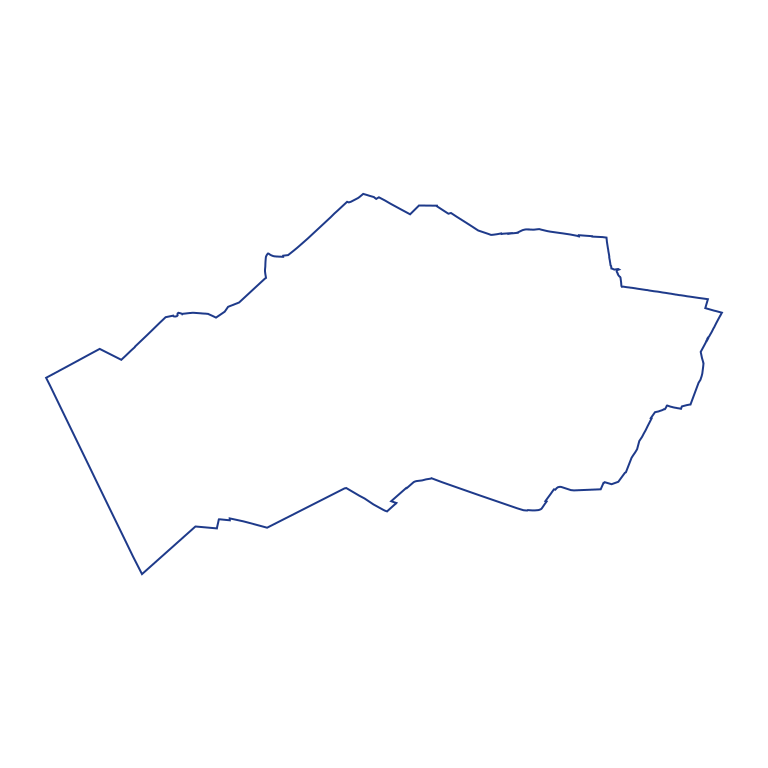 Mārupes pag., Marupes, Latvia
{"feature_id": "27541924B47115385848599", "entity_name": "Mārupes pag.", "entity_type": "district", "adm_level": 2, "iso_a3": "LVA", "parent_name": "Latvia", "parent_adm1": "Marupes", "projection": "natural_earth1", "projection_center": [23.996, 56.885], "detail": "fine", "context": "isolated", "style": "outline", "palette": "blue", "viewbox_px": 768, "rotation_deg": 0, "n_neighbors": 0, "source": "geoboundaries", "source_scale": "gbopen_adm2", "svg_char_len": 5913}
<svg xmlns="http://www.w3.org/2000/svg" viewBox="0 0 768 768"><path d="M690.5,404.5L698.6,382.7L700.5,379.7L701.0,378.0L701.3,377.2L701.6,376.3L702.3,373.5L703.2,366.4L703.5,363.3L703.2,362.8L703.3,362.5L702.0,358.1L700.7,351.9L703.9,346.0L704.8,344.3L705.6,342.8L706.3,341.1L706.6,341.2L707.9,338.9L707.3,338.8L707.4,338.6L708.0,337.5L709.0,336.7L710.0,334.9L711.4,332.5L712.9,329.6L713.4,328.5L714.0,327.6L714.5,326.7L714.6,326.4L715.3,325.0L715.4,324.8L715.8,324.0L716.3,323.0L716.7,322.2L716.8,322.1L717.3,321.1L718.8,318.3L719.3,317.4L720.2,315.7L720.3,315.7L721.1,314.2L721.5,313.4L721.9,312.7L715.7,311.0L714.3,310.7L706.6,308.5L705.3,308.1L707.9,299.2L705.9,298.9L702.2,298.4L699.1,298.0L689.7,296.6L687.9,296.4L686.6,296.2L684.5,295.8L681.8,295.4L680.4,295.2L679.8,295.2L678.5,295.0L677.4,294.8L676.2,294.6L675.8,294.6L673.8,294.2L673.5,294.2L672.6,294.0L672.0,293.9L671.0,293.7L670.1,293.6L668.7,293.4L665.7,292.9L662.6,292.5L661.0,292.2L659.4,291.9L657.4,291.6L655.4,291.4L653.7,291.2L651.9,290.9L650.5,290.7L649.3,290.5L648.3,290.3L647.5,290.1L646.2,290.0L638.1,288.8L636.8,288.6L635.3,288.3L635.1,288.3L631.9,287.8L630.7,287.7L629.5,287.5L626.8,287.2L625.5,287.0L623.1,286.6L622.6,286.7L621.9,286.8L621.6,286.3L621.4,285.9L621.1,282.3L620.5,277.7L620.1,276.9L619.6,276.6L618.5,275.4L617.7,273.9L617.6,273.5L617.7,273.3L617.3,272.8L616.7,271.6L616.7,271.2L616.8,270.8L617.1,270.4L617.5,270.0L619.0,269.5L618.2,269.0L614.3,269.6L612.1,268.6L611.4,268.5L611.1,266.0L610.6,265.5L610.4,264.4L610.3,263.6L610.2,262.8L610.0,261.9L609.9,261.1L609.8,260.3L609.6,259.5L609.4,258.3L609.2,257.1L609.3,256.8L609.0,254.6L608.6,252.5L608.6,252.4L608.4,251.4L608.3,250.6L608.1,249.1L607.9,248.3L607.9,248.2L606.9,241.7L606.5,237.6L602.6,237.1L592.5,236.6L592.3,236.6L592.2,236.2L588.2,235.9L586.7,235.8L578.9,235.2L579.0,236.4L578.5,236.3L578.5,236.1L570.3,234.5L563.6,233.5L562.3,233.3L560.7,233.1L550.0,231.6L549.0,231.4L548.4,231.3L547.8,231.2L545.6,230.7L542.7,230.0L541.4,229.7L539.3,229.1L537.1,229.3L533.7,229.7L528.5,229.5L528.5,229.4L527.2,229.4L526.2,229.4L525.2,229.5L524.3,229.7L523.5,229.9L522.7,230.1L521.4,230.7L518.9,231.9L517.5,232.6L516.7,232.8L516.8,232.9L512.7,233.3L511.1,233.4L509.9,233.6L510.3,233.2L503.3,233.7L501.5,234.0L501.3,233.4L497.1,234.2L493.5,234.7L491.5,234.9L491.0,234.9L488.0,233.8L478.2,230.5L469.9,225.1L456.8,216.8L451.0,213.0L448.4,213.7L444.8,211.4L436.8,206.2L437.8,205.7L419.0,205.5L410.1,214.3L400.6,209.2L390.3,203.6L385.0,200.5L378.9,197.3L376.2,198.9L375.7,198.5L374.7,197.8L374.1,197.2L373.7,197.0L369.8,195.9L367.0,195.0L363.2,193.9L361.9,195.0L359.6,196.9L358.8,197.5L358.1,198.0L356.4,198.9L350.8,201.8L348.8,202.4L347.1,201.8L337.3,210.9L334.4,213.5L331.0,216.9L330.9,217.0L308.1,238.2L307.9,238.4L297.3,247.7L293.9,250.5L288.1,255.1L283.1,255.7L283.0,256.0L283.1,256.8L282.7,256.8L281.0,256.7L278.4,256.6L277.1,256.5L276.4,256.5L275.9,256.4L275.1,256.4L274.4,256.3L273.4,256.1L273.0,256.0L272.3,255.7L271.4,255.4L270.7,255.0L270.1,254.7L269.7,254.4L268.7,253.7L268.1,253.5L267.8,253.6L267.7,253.8L267.2,254.4L266.8,255.0L266.5,255.5L266.3,256.0L266.0,256.6L265.9,257.1L265.8,257.8L265.5,261.5L265.4,263.5L265.3,266.6L265.0,269.6L265.0,271.4L265.3,273.8L266.0,277.9L264.7,278.8L239.1,302.5L228.1,306.8L224.7,311.7L216.0,317.6L212.7,316.0L208.7,314.2L208.1,313.9L207.7,313.9L207.1,313.8L205.0,313.6L204.4,313.6L201.4,313.4L201.2,313.3L200.6,313.3L196.5,313.0L195.0,312.9L194.3,312.9L193.9,312.8L193.3,312.8L192.1,312.8L190.7,313.0L189.8,313.0L189.2,313.1L188.1,313.2L187.3,313.3L186.6,313.4L186.4,313.4L186.2,313.4L185.7,313.5L184.6,313.6L183.5,313.7L183.2,313.8L182.9,313.8L182.7,313.9L182.3,314.2L182.1,313.8L180.5,313.3L179.7,313.1L178.4,312.8L177.7,313.4L177.5,313.9L177.5,314.5L177.6,315.4L176.8,316.2L175.4,316.5L174.8,316.5L173.5,316.3L172.9,315.8L172.9,315.7L165.6,317.2L163.1,319.6L159.7,322.8L159.4,323.1L147.3,334.9L134.6,347.0L135.2,346.8L131.2,350.4L128.4,353.1L126.1,355.3L125.8,355.6L121.4,359.7L121.3,359.8L99.7,348.9L91.3,353.4L70.1,364.9L46.1,377.8L50.0,385.5L60.3,406.8L72.0,430.9L78.9,445.1L89.4,466.7L96.2,480.8L109.3,507.8L123.1,536.1L133.1,556.7L142.0,574.1L195.3,526.6L195.5,526.5L216.9,528.4L217.2,526.7L218.3,521.9L218.8,519.5L218.9,519.3L219.7,519.3L229.8,520.3L229.7,518.4L243.2,521.3L245.9,522.0L248.2,522.6L267.1,527.7L344.7,488.3L345.3,488.3L346.2,488.0L354.9,493.1L359.3,495.7L364.6,498.5L373.4,504.4L383.2,509.8L383.8,510.1L385.0,510.7L387.1,511.4L387.4,511.1L387.7,510.8L394.5,504.7L394.9,504.4L395.6,503.8L395.8,503.7L396.4,503.0L392.8,501.8L391.2,501.2L406.3,487.9L406.7,488.2L413.7,482.1L415.0,481.5L416.4,481.1L422.2,480.4L425.9,479.4L430.9,478.6L431.4,478.2L441.8,482.1L461.7,489.1L479.7,495.4L499.2,502.1L517.2,508.3L523.4,510.2L525.2,510.4L527.3,510.5L527.8,510.1L530.8,510.3L532.3,510.4L533.7,510.4L534.9,510.4L536.0,510.3L537.3,510.2L538.3,510.1L539.1,509.9L539.9,509.6L540.4,509.4L541.0,509.1L541.4,508.8L541.7,508.5L542.4,507.5L543.5,505.9L544.5,504.4L545.8,502.6L546.6,501.5L545.4,501.1L545.7,500.7L551.2,493.2L551.5,492.7L553.6,489.8L553.7,489.6L554.0,489.3L555.3,489.7L556.7,488.1L558.0,487.2L560.0,486.8L561.4,487.0L570.9,490.1L574.0,490.4L600.7,489.3L603.5,482.9L603.9,483.0L604.7,482.2L608.8,483.4L611.6,484.2L618.3,481.8L624.9,472.8L625.9,472.3L631.6,457.7L632.2,456.8L632.7,456.0L633.7,454.5L635.1,452.5L637.1,449.2L639.3,441.0L642.1,436.8L643.8,433.5L645.4,430.7L646.1,429.3L647.5,426.4L651.6,418.4L650.8,418.1L655.0,412.2L656.8,411.8L658.3,411.5L658.9,411.3L660.2,410.8L660.9,410.6L662.6,410.0L664.0,409.2L664.4,409.3L664.9,409.2L665.7,408.0L666.3,406.9L666.7,405.9L666.8,405.7L667.1,405.5L667.7,405.7L668.4,405.9L669.5,406.3L670.4,406.6L670.8,406.7L671.1,406.8L671.7,406.9L672.4,407.1L673.1,407.3L675.0,407.7L675.7,407.8L676.4,407.9L677.1,408.1L679.1,408.4L679.8,408.5L680.0,408.6L681.0,408.8L681.7,406.8L681.9,406.4L686.9,405.1L690.1,404.5L690.5,404.5Z" fill="none" stroke="#1e3a8a" stroke-width="2"/></svg>